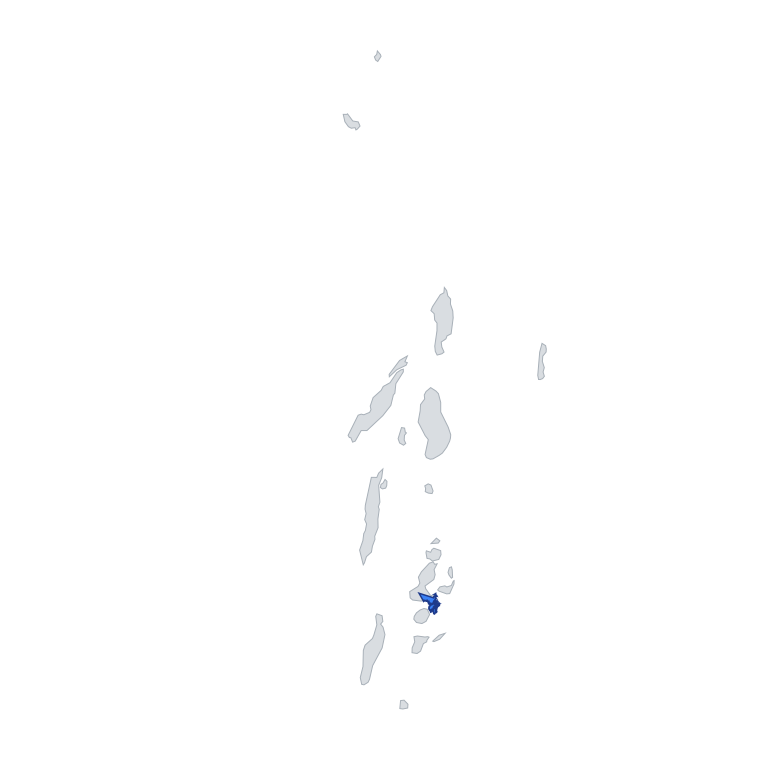 location of West New Georgia-Vonavona, Western, Solomon Islands, rotated 242°
{"feature_id": "97153195B60589272182469", "entity_name": "West New Georgia-Vonavona", "entity_type": "district", "adm_level": 2, "iso_a3": "SLB", "parent_name": "Solomon Islands", "parent_adm1": "Western", "projection": "natural_earth1", "projection_center": [157.168, -8.247], "detail": "fine", "context": "in_parent", "style": "filled", "palette": "blue", "viewbox_px": 768, "rotation_deg": 242, "n_neighbors": 0, "source": "geoboundaries", "source_scale": "gbopen_adm2", "svg_char_len": 9499}
<svg xmlns="http://www.w3.org/2000/svg" viewBox="0 0 768 768"><g transform="rotate(242 384 384)"><path d="M302.5,387.2L314.1,397.0L319.1,396.1L334.4,396.3L343.4,403.4L348.7,406.6L351.7,412.9L355.4,414.4L357.6,417.6L358.9,423.5L353.3,426.6L349.9,427.5L341.1,425.4L332.6,420.9L315.7,420.4L307.9,419.1L305.2,417.4L302.7,415.1L298.7,409.6L295.6,403.1L295.1,399.3L294.9,392.1L295.9,389.5L299.1,386.9L302.5,387.2ZM355.5,328.2L368.6,346.5L368.1,349.7L366.3,351.8L365.7,358.0L367.4,360.4L371.0,361.5L377.1,368.0L379.7,378.5L382.2,382.2L382.3,389.9L388.0,400.6L388.5,405.7L388.0,408.0L385.6,406.7L378.7,394.6L370.8,389.3L369.9,387.1L361.9,380.0L356.6,368.1L350.9,347.0L353.6,342.0L347.1,331.8L347.4,329.0L352.1,329.5L353.0,328.3L355.5,328.2ZM307.8,337.4L309.5,343.1L302.4,338.0L297.0,331.7L281.6,324.9L278.3,321.4L275.5,320.9L267.6,315.2L259.9,311.3L253.9,304.3L251.1,303.1L246.2,297.6L241.5,294.0L239.8,287.4L235.3,282.8L234.1,280.8L248.8,284.5L255.6,291.8L261.4,295.9L263.4,298.8L268.6,302.9L273.3,303.3L278.0,307.4L282.3,308.5L285.7,310.6L307.5,329.0L304.9,333.8L307.8,337.4ZM406.2,455.8L412.9,459.4L416.7,458.8L422.5,461.3L426.8,459.9L429.5,463.1L436.4,475.6L436.4,479.7L440.9,482.6L437.1,483.2L431.8,481.7L427.7,482.7L423.4,480.2L416.2,479.0L409.9,476.1L396.8,466.8L396.9,462.2L394.8,459.9L394.2,454.2L389.5,452.4L384.0,452.0L383.5,449.3L384.6,444.5L388.7,444.6L393.6,446.6L406.2,455.8ZM182.7,267.6L184.4,269.8L180.3,273.5L174.9,271.5L173.6,268.3L169.8,269.0L162.3,267.2L151.8,258.4L140.7,241.8L130.1,232.6L128.1,229.8L127.8,225.1L129.3,223.3L135.9,225.2L144.4,232.8L158.5,240.7L162.3,244.7L164.7,254.3L167.1,257.2L174.7,264.6L182.7,267.6ZM197.3,323.7L200.6,328.8L204.5,340.0L203.8,343.9L201.0,344.1L200.3,346.5L196.6,341.1L191.6,339.6L188.0,336.2L186.4,325.4L183.6,324.7L175.5,325.8L172.9,329.3L169.2,328.2L168.4,325.0L169.0,321.9L173.9,318.8L174.9,314.8L179.8,307.9L182.9,306.7L188.6,309.2L189.3,319.0L191.4,322.2L197.3,323.7ZM345.7,542.6L342.0,544.7L338.7,543.7L336.1,542.1L334.1,537.3L329.6,534.4L323.2,533.2L319.9,530.1L315.5,529.2L314.3,526.6L314.6,524.0L315.4,522.6L319.4,523.8L339.0,536.4L345.7,542.6ZM140.3,304.1L139.3,304.9L137.6,301.6L136.3,300.6L136.3,296.9L131.0,290.9L130.5,286.7L133.6,282.6L137.8,285.0L141.9,290.1L146.8,291.8L145.8,295.2L141.4,301.3L140.3,304.1ZM167.0,313.9L164.8,316.4L159.1,316.1L154.7,309.7L154.7,305.0L158.2,300.7L162.3,299.9L164.6,301.6L166.7,305.2L167.5,309.8L167.0,313.9ZM215.6,350.9L210.3,355.8L206.5,354.2L203.4,350.0L205.0,343.6L208.1,342.3L209.8,340.1L215.4,341.9L216.8,343.1L213.5,346.2L215.3,348.6L215.6,350.9ZM639.7,478.6L630.9,479.9L627.5,484.3L623.0,483.9L621.6,480.2L621.5,478.5L623.9,478.8L625.2,475.2L627.9,473.4L633.9,472.6L641.2,474.6L639.5,477.8L639.7,478.6ZM397.5,408.9L397.8,417.8L393.8,412.9L391.9,414.6L390.2,412.3L390.6,402.0L387.9,392.1L390.1,393.1L397.5,408.9ZM177.5,352.7L177.5,353.6L174.6,351.9L168.1,343.6L169.3,340.8L175.2,335.4L177.0,334.7L178.6,338.1L177.2,343.0L175.3,344.2L174.5,348.9L177.5,352.7ZM324.6,370.1L329.1,370.8L337.3,379.0L335.4,381.5L331.6,380.2L330.3,380.8L329.1,378.0L325.0,375.5L321.3,375.3L320.8,372.5L324.6,370.1ZM272.7,378.0L266.5,377.1L264.7,375.0L266.9,371.9L269.6,369.9L272.1,371.7L274.9,372.2L275.1,376.1L272.7,378.0ZM95.4,253.3L90.0,254.8L86.8,252.8L88.2,248.1L90.0,245.6L96.7,250.0L95.4,253.3ZM299.2,340.1L296.7,340.9L293.0,338.7L291.3,336.6L292.1,333.4L294.3,332.2L296.8,334.3L297.0,336.6L299.2,340.1ZM681.2,534.5L676.6,535.5L674.7,535.2L671.7,529.9L674.0,528.7L677.4,529.1L678.4,532.3L681.2,534.5ZM191.1,355.5L190.9,357.7L187.9,357.0L181.1,353.8L180.9,352.3L184.8,351.7L187.6,352.1L191.1,355.5ZM136.3,314.8L135.2,320.9L132.5,313.3L133.1,307.1L134.1,306.3L136.3,314.8ZM223.3,357.9L219.3,359.7L218.1,357.2L221.0,350.6L223.3,357.9Z" fill="#d9dde1" stroke="#a8b0b8" stroke-width="1"/><path d="M182.8,316.7L173.9,316.9L174.0,317.0L173.5,317.1L173.4,318.0L173.7,317.3L173.8,317.4L173.5,317.9L173.4,318.6L173.1,319.0L173.4,318.9L172.6,319.9L172.9,320.1L172.9,320.4L173.2,320.4L173.5,320.5L172.8,320.6L172.5,319.9L172.6,319.7L172.3,319.5L172.1,320.2L171.5,320.4L171.9,320.1L172.1,319.8L171.2,320.7L171.4,321.2L171.2,321.7L170.9,321.6L171.3,321.4L171.3,321.2L170.9,321.1L170.9,320.9L171.0,320.8L170.4,320.4L169.6,320.3L170.3,320.5L169.4,320.5L169.1,320.3L168.9,320.6L168.8,320.4L168.3,320.5L168.2,320.8L168.2,321.4L168.9,322.3L169.1,322.3L168.9,322.4L168.4,321.8L168.2,321.8L168.3,321.7L168.0,321.7L167.7,322.1L167.4,322.5L167.5,323.1L167.3,323.3L167.4,323.5L167.2,324.2L167.4,324.4L167.4,324.9L167.1,325.1L167.6,325.4L167.8,325.0L168.0,325.1L167.8,324.5L168.1,324.8L167.9,325.5L168.1,325.7L168.1,326.4L168.3,326.5L168.1,328.4L168.5,328.3L168.4,327.7L168.9,327.8L169.0,327.0L168.9,326.8L168.6,326.8L168.6,326.7L168.7,326.8L168.8,326.7L168.8,325.9L169.0,326.1L168.8,326.5L169.1,326.6L169.5,327.6L169.6,328.0L170.0,328.2L169.9,328.5L170.2,329.0L170.0,329.3L170.9,329.0L172.2,329.6L172.6,329.1L172.6,328.6L172.8,328.7L173.1,328.4L172.0,327.3L182.8,316.7ZM167.5,326.5L167.5,325.6L167.0,325.1L167.1,324.9L166.7,324.1L166.6,322.4L166.9,321.3L166.3,320.4L166.2,319.4L165.5,318.8L165.8,319.2L164.8,318.4L164.1,318.1L161.8,318.3L161.8,318.5L163.9,318.3L164.4,318.5L163.6,318.4L161.8,318.7L161.4,318.9L161.2,319.2L161.6,319.6L162.0,319.5L161.8,319.3L161.8,319.1L162.6,319.2L162.5,319.5L162.1,319.4L162.0,319.7L161.8,319.7L162.0,320.0L161.6,320.5L162.5,321.0L162.5,321.5L163.5,322.8L163.8,322.8L163.9,323.2L163.8,323.9L163.6,324.2L163.8,324.6L164.4,325.1L165.1,325.1L165.5,325.5L165.8,325.0L166.0,325.0L166.2,325.6L166.4,325.5L166.6,325.7L167.0,325.7L167.3,326.1L167.2,326.3L167.5,326.5ZM164.6,329.9L164.2,329.7L164.2,328.5L163.0,327.8L163.1,327.1L162.6,326.5L162.3,326.0L162.3,325.7L162.0,324.9L162.0,324.2L162.3,324.3L162.5,323.9L162.1,322.8L162.2,322.5L162.0,321.7L161.2,321.4L160.9,320.9L160.5,320.8L160.7,320.6L160.3,320.3L159.2,320.5L157.9,320.1L157.2,320.6L157.5,321.4L158.1,321.9L158.5,322.6L159.5,322.7L159.9,323.0L159.4,323.0L159.1,323.3L159.4,323.7L160.1,323.9L160.4,324.3L160.6,324.2L160.8,324.3L160.6,324.7L160.9,324.9L160.9,325.2L161.5,325.9L162.1,326.1L162.0,326.5L162.3,327.8L162.5,328.0L162.4,328.7L162.7,328.7L163.0,329.4L163.6,329.1L164.2,330.0L164.6,329.9ZM174.5,329.8L174.3,330.0L174.4,330.3L174.2,330.0L174.3,329.8L174.1,330.0L174.2,330.5L173.6,329.9L173.2,330.1L173.8,330.6L173.9,331.0L174.8,331.3L174.9,330.9L174.4,330.2L174.5,329.8ZM163.9,323.2L163.8,322.9L163.5,322.8L162.8,322.1L162.9,322.6L162.7,322.7L163.0,322.7L163.2,323.3L163.6,323.5L163.7,323.3L163.9,323.2ZM164.6,327.8L164.2,327.3L164.1,328.0L164.3,328.2L164.6,327.8ZM165.1,326.3L164.5,326.0L164.3,326.3L164.6,326.7L164.8,326.3L164.9,326.5L165.1,326.3ZM161.7,318.3L161.2,318.3L159.8,318.0L161.1,318.5L161.7,318.5L161.7,318.3ZM163.0,323.7L162.7,323.6L162.6,323.8L162.8,324.4L163.0,324.2L163.0,323.7ZM166.2,326.0L166.1,325.8L165.5,325.9L165.7,326.2L166.2,326.0ZM169.5,327.9L169.4,327.4L169.2,327.4L169.1,327.8L169.5,327.9ZM165.4,329.2L164.8,329.3L164.6,329.8L165.4,329.2ZM173.1,319.1L173.4,318.0L173.2,318.7L172.6,319.5L173.1,319.1ZM165.0,318.4L164.3,318.0L164.0,317.9L164.8,318.5L165.0,318.4ZM163.6,324.9L163.4,324.1L163.4,324.9L163.6,324.9ZM165.9,328.2L165.7,327.8L165.5,328.2L165.9,328.2ZM163.7,323.6L163.2,323.4L163.5,323.8L163.7,323.6ZM167.0,329.4L166.8,329.2L166.8,328.9L166.6,328.9L166.6,329.4L167.0,329.4ZM164.7,325.6L164.5,325.3L164.3,325.4L164.4,325.6L164.7,325.6ZM173.2,330.7L173.0,330.8L172.5,331.2L173.0,331.0L173.2,330.7ZM165.4,318.7L165.1,318.4L165.3,318.8L165.4,318.7ZM162.7,322.0L162.6,321.8L162.4,321.8L162.6,322.2L162.7,322.0ZM163.0,323.5L162.8,323.3L162.7,323.6L162.9,323.7L163.0,323.5ZM165.1,327.0L164.7,326.8L164.6,327.0L165.1,327.0ZM163.6,325.7L163.4,325.7L163.3,325.9L163.6,325.9L163.6,325.7ZM167.6,326.8L167.4,326.7L167.3,327.4L167.4,326.9L167.6,326.8ZM167.8,327.0L167.7,327.1L167.7,327.5L167.8,327.4L167.8,327.0ZM159.1,323.7L159.1,323.4L158.9,323.5L159.1,323.7ZM166.4,326.4L166.3,326.2L166.2,326.4L166.3,326.5L166.4,326.4ZM161.8,320.9L161.6,320.7L161.5,320.9L161.8,320.9ZM167.5,327.8L167.4,327.5L167.3,328.0L167.5,327.8ZM167.9,325.5L167.8,325.3L167.6,325.5L167.9,325.5ZM163.5,318.0L163.2,318.0L163.5,318.1L163.5,318.0ZM158.0,323.4L158.0,323.1L157.9,323.2L158.0,323.4ZM163.5,324.0L163.4,323.8L163.3,324.1L163.5,324.0ZM162.8,318.0L162.7,318.0L162.3,318.1L162.5,318.1L162.8,318.0ZM171.5,330.5L171.3,330.5L171.1,330.6L171.4,330.6L171.5,330.5ZM165.0,328.4L165.0,328.2L164.9,328.1L165.0,328.4ZM157.8,323.2L157.9,322.9L157.7,323.0L157.8,323.2ZM166.9,321.1L166.8,320.7L166.7,320.9L166.9,321.1ZM163.8,323.5L163.7,323.3L163.8,323.5ZM172.6,331.0L172.3,331.2L172.5,331.2L172.6,331.0ZM163.8,326.6L163.7,326.5L163.8,326.6ZM165.2,325.4L165.1,325.5L165.2,325.4ZM162.5,325.1L162.4,324.9L162.3,325.0L162.5,325.1ZM165.6,325.6L165.6,325.4L165.6,325.5L165.6,325.6ZM167.8,326.3L167.8,326.1L167.7,326.2L167.8,326.3ZM163.6,318.1L163.7,317.9L163.6,318.0L163.6,318.1ZM163.4,327.6L163.5,327.4L163.4,327.5L163.4,327.6ZM163.8,323.9L163.6,323.9L163.6,324.1L163.8,323.9ZM160.6,324.5L160.6,324.3L160.6,324.5ZM162.2,322.9L162.1,322.7L162.2,322.9ZM162.6,323.4L162.6,323.2L162.6,323.4ZM166.3,327.9L166.2,327.7L166.1,327.8L166.3,327.9ZM162.2,321.3L162.3,321.2L162.2,321.2L162.2,321.3ZM162.7,325.6L162.7,325.4L162.6,325.5L162.7,325.6ZM162.4,322.9L162.5,322.8L162.4,322.8L162.4,322.9ZM162.9,323.0L162.9,322.8L162.9,323.0ZM167.4,329.5L167.5,329.4L167.4,329.5L167.4,329.5ZM166.9,328.5L166.9,328.4L166.9,328.5ZM165.3,326.7L165.2,326.6L165.3,326.7ZM160.7,318.0L160.4,317.9L160.6,318.0L160.7,318.0Z" fill="#3b82f6" stroke="#1e3a8a" stroke-width="1.5"/></g></svg>